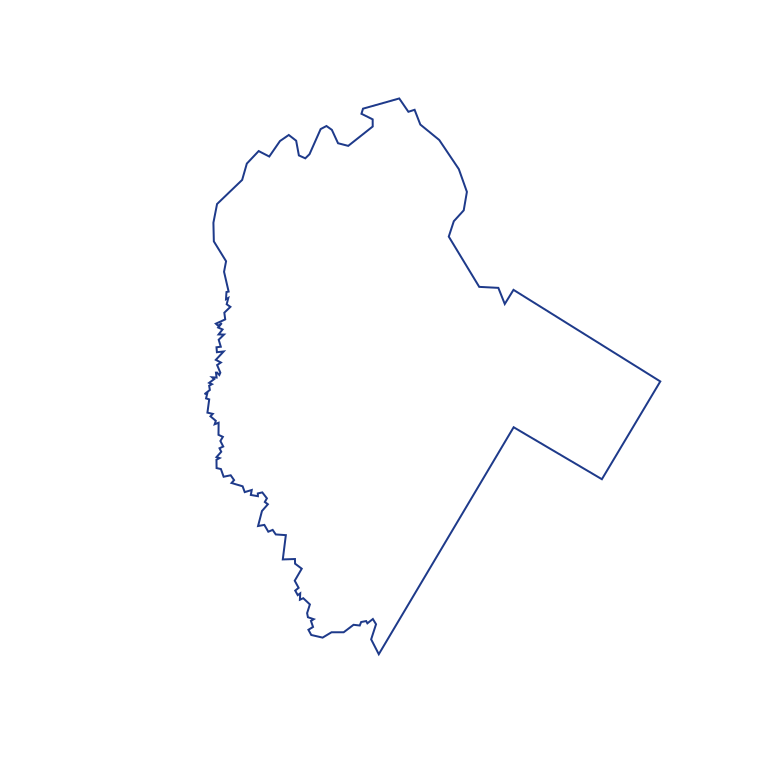 outline of Pilcomayo, Formosa, Argentina, rotated 211°
{"feature_id": "61730980B52467636009888", "entity_name": "Pilcomayo", "entity_type": "district", "adm_level": 2, "iso_a3": "ARG", "parent_name": "Argentina", "parent_adm1": "Formosa", "projection": "equal_earth", "projection_center": [-58.184, -25.344], "detail": "medium", "context": "isolated", "style": "outline", "palette": "blue", "viewbox_px": 768, "rotation_deg": 211, "n_neighbors": 0, "source": "geoboundaries", "source_scale": "gbopen_adm2", "svg_char_len": 1954}
<svg xmlns="http://www.w3.org/2000/svg" viewBox="0 0 768 768"><g transform="rotate(211 384 384)"><path d="M148.5,528.5L321.5,531.4L321.7,514.8L335.5,525.3L352.4,516.3L404.4,543.7L408.0,559.5L405.1,573.9L411.9,591.4L430.5,606.7L462.3,621.6L486.5,625.1L499.0,634.8L503.3,629.9L518.0,636.6L543.8,609.2L542.5,604.0L530.0,605.0L526.3,598.9L537.3,569.7L547.4,566.7L559.6,575.0L566.2,575.5L569.6,569.9L566.2,542.6L567.7,536.9L574.7,536.1L584.6,547.3L593.9,548.4L598.3,538.7L599.5,519.9L611.4,519.1L615.1,502.3L610.7,485.9L619.8,452.3L613.3,434.4L603.3,418.6L582.6,407.9L578.9,397.8L564.8,383.2L566.4,381.7L563.1,375.3L561.8,377.6L559.9,371.3L555.4,371.0L557.6,362.9L553.4,357.6L559.2,349.1L556.2,348.5L554.4,352.6L555.2,347.0L550.5,347.6L551.3,341.3L546.6,344.0L548.5,336.8L543.1,331.9L546.5,329.2L543.6,325.2L538.2,329.3L540.6,318.1L534.9,318.4L536.8,314.3L530.1,309.4L529.8,306.9L533.0,307.8L533.9,307.2L530.8,303.3L534.8,301.2L532.1,300.7L534.5,294.9L531.4,295.2L533.0,292.5L530.2,289.2L532.6,282.9L530.7,285.1L529.1,280.0L525.9,280.8L520.6,268.5L515.4,270.2L516.1,266.9L509.2,265.8L508.4,262.3L505.8,265.6L499.7,255.2L494.9,255.7L494.9,250.9L489.6,247.6L491.9,244.2L488.6,242.1L489.9,235.1L486.8,235.8L488.6,232.8L484.2,225.7L480.0,227.1L473.7,221.9L468.4,226.8L463.0,224.4L463.7,220.6L452.5,223.5L447.7,219.6L442.8,225.0L441.0,220.3L434.3,222.9L435.8,225.2L432.5,228.4L425.5,225.7L425.4,221.5L421.6,221.1L423.2,212.3L418.8,197.4L414.0,201.6L407.1,197.8L404.3,201.6L399.3,199.3L390.3,203.9L380.4,181.5L370.2,188.1L367.7,184.2L359.4,183.3L359.2,169.4L352.2,165.3L353.7,161.2L349.2,158.6L348.0,161.4L345.0,155.8L342.9,158.8L334.0,156.9L331.9,148.0L329.1,144.9L323.1,146.2L324.6,143.3L319.7,139.2L322.2,134.4L317.1,131.4L306.0,135.0L301.1,144.2L290.7,150.4L286.1,161.9L280.4,164.5L281.0,168.2L277.2,171.6L275.0,170.3L272.5,176.8L267.1,174.0L263.5,158.5L249.3,149.7L250.6,413.7L148.2,414.6L148.5,528.5Z" fill="none" stroke="#1e3a8a" stroke-width="2"/></g></svg>